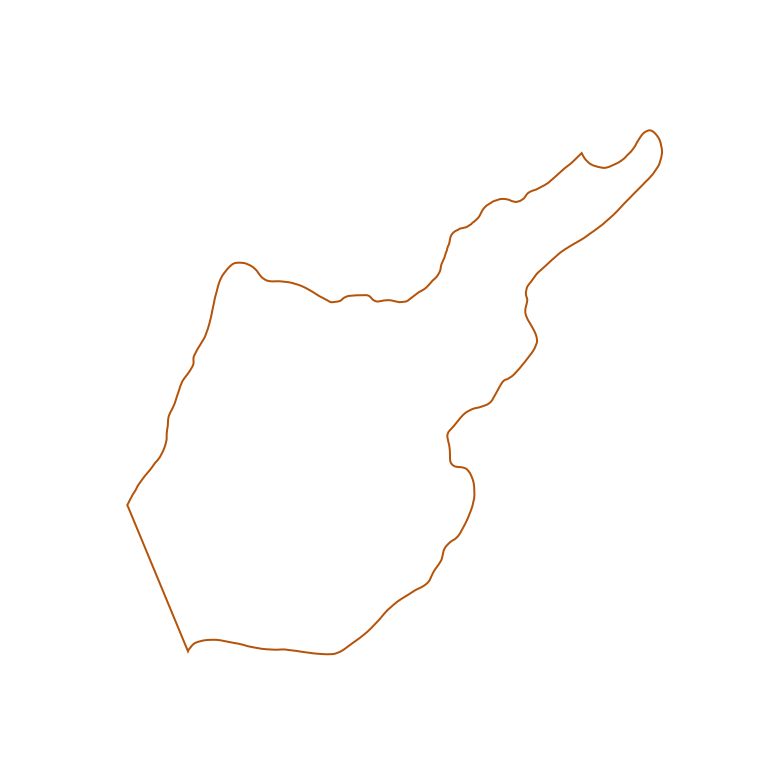 outline of Myette Gardens, Micoud, Saint Lucia, rotated 281°
{"feature_id": "8701671B96600181049115", "entity_name": "Myette Gardens", "entity_type": "district", "adm_level": 2, "iso_a3": "LCA", "parent_name": "Saint Lucia", "parent_adm1": "Micoud", "projection": "albers", "projection_center": [-60.903, 13.818], "detail": "fine", "context": "isolated", "style": "outline", "palette": "amber", "viewbox_px": 768, "rotation_deg": 281, "n_neighbors": 0, "source": "geoboundaries", "source_scale": "gbopen_adm2", "svg_char_len": 6156}
<svg xmlns="http://www.w3.org/2000/svg" viewBox="0 0 768 768"><g transform="rotate(281 384 384)"><path d="M215.4,155.5L214.6,156.2L84.2,242.6L85.8,242.9L90.4,245.3L92.1,246.4L93.4,247.6L94.6,249.2L96.0,251.8L97.8,255.7L99.0,259.4L99.9,263.1L100.6,266.6L100.9,268.6L101.2,272.2L101.2,287.0L101.3,288.7L101.3,290.4L101.1,295.9L100.7,299.5L100.6,301.2L100.6,308.8L100.7,310.6L100.7,314.2L101.2,319.3L102.2,326.5L102.8,329.9L103.7,333.4L104.5,337.3L104.7,341.3L105.0,345.4L105.3,349.1L105.4,353.0L105.6,357.1L106.2,366.8L106.6,370.8L107.6,378.3L107.9,380.2L109.1,385.2L109.8,387.2L110.8,388.9L112.7,391.9L113.9,393.3L115.2,394.8L123.8,402.7L129.7,408.3L132.7,410.9L137.3,414.7L141.8,417.9L150.2,423.3L152.3,424.6L159.2,428.4L162.9,430.7L168.2,434.8L171.7,437.6L173.3,439.0L176.8,442.5L181.8,448.0L187.0,453.4L189.2,456.1L190.2,457.6L191.3,459.0L193.0,461.0L194.3,462.4L195.7,463.6L197.0,464.6L198.5,465.5L200.0,466.2L203.3,467.0L206.7,467.8L210.3,468.9L212.6,469.9L217.1,472.0L218.7,472.7L221.0,473.5L222.3,473.9L224.3,474.2L231.5,474.3L233.1,474.6L235.0,475.2L236.9,476.1L238.5,477.1L240.0,478.1L241.6,479.3L242.9,480.5L244.2,482.0L245.5,483.4L247.1,484.6L248.9,485.8L250.5,486.5L252.1,487.2L262.7,490.5L266.6,491.5L268.7,492.0L278.0,493.7L281.5,494.1L285.1,494.2L289.2,494.3L293.1,493.8L298.2,492.6L300.3,492.1L303.7,491.0L305.3,490.3L306.9,489.5L310.3,487.4L311.2,486.7L313.2,485.2L315.8,482.1L316.6,480.5L316.9,479.0L317.1,477.6L317.0,474.9L316.7,473.2L316.6,471.5L316.6,469.7L316.8,468.6L317.8,466.4L319.0,465.0L320.4,464.0L322.0,463.4L324.0,462.9L327.4,462.2L331.3,461.3L334.9,460.2L336.5,459.6L339.8,458.1L343.6,456.5L345.4,456.0L346.9,456.0L349.1,456.4L350.7,457.2L352.1,458.1L356.8,460.9L360.3,462.8L365.4,465.5L368.5,467.4L370.1,468.6L371.5,469.7L372.7,471.0L374.0,472.6L376.1,475.3L377.3,477.3L378.7,480.7L379.6,482.6L381.4,485.8L383.2,488.8L384.4,490.2L385.9,491.5L387.3,492.5L388.9,493.3L390.5,493.8L392.3,494.4L396.2,495.7L401.9,497.5L405.5,498.7L408.7,500.0L410.2,501.0L411.2,502.1L411.7,502.9L412.2,504.0L412.9,504.9L415.9,508.0L417.4,509.2L418.8,510.2L425.4,514.2L429.0,516.1L433.5,518.5L441.9,522.7L445.0,524.1L448.4,525.2L453.8,526.2L455.5,526.1L456.7,525.7L459.2,524.8L462.3,523.1L465.5,520.8L470.0,517.0L474.1,513.3L475.7,512.1L477.3,511.0L479.0,510.0L480.7,509.2L482.4,508.8L484.5,508.5L486.3,508.5L489.6,508.7L492.0,508.8L493.8,508.6L494.8,508.3L496.2,507.6L497.0,507.1L498.2,506.5L500.7,505.8L504.5,505.8L506.4,506.0L508.2,506.6L513.3,509.2L518.5,511.6L520.4,512.5L521.9,513.3L523.4,514.4L531.2,520.3L537.8,525.1L541.1,527.7L545.7,531.2L547.3,532.6L550.6,535.8L551.7,537.0L555.6,541.2L563.3,550.1L566.2,553.2L571.1,557.7L575.2,561.7L577.2,563.5L582.3,568.1L590.5,574.4L593.6,576.8L598.5,580.1L606.9,585.3L610.5,587.7L612.9,589.3L619.0,593.3L626.9,598.6L631.8,601.8L636.2,604.8L641.4,607.9L649.5,611.4L651.6,612.1L653.4,612.4L659.0,612.9L662.8,612.9L665.1,612.6L666.3,612.3L668.0,611.8L671.5,610.3L673.0,609.7L674.8,608.8L676.5,607.7L678.1,606.4L679.4,605.1L680.3,604.1L681.8,602.2L682.7,600.8L683.4,599.2L683.8,597.5L683.6,595.8L682.8,594.3L681.7,592.8L680.7,591.7L679.2,590.5L677.7,589.6L674.6,588.2L669.4,586.2L667.3,585.6L665.6,585.1L663.5,584.2L660.6,582.8L659.1,582.0L654.7,578.9L651.7,577.1L650.4,576.0L648.8,574.6L646.7,572.5L645.0,570.4L640.9,564.7L639.9,563.1L639.1,561.5L638.4,559.9L638.0,558.0L637.9,554.4L638.0,552.4L638.3,548.9L638.6,547.0L639.2,545.2L639.7,543.7L640.7,542.0L642.8,539.0L643.8,537.9L645.7,536.1L648.4,534.0L636.5,525.7L631.3,521.1L629.8,519.8L618.9,511.6L613.4,507.3L611.9,505.9L609.6,503.4L604.9,497.5L603.9,496.2L602.2,493.1L601.3,491.7L600.3,490.4L599.1,489.1L597.7,488.1L594.3,486.6L592.7,485.8L590.1,483.2L589.2,481.7L588.4,480.2L587.8,478.6L587.9,474.9L588.7,471.2L588.7,467.7L588.5,466.0L588.1,464.3L587.6,462.5L586.7,460.9L585.8,459.4L584.9,457.6L583.9,456.1L581.4,453.5L579.0,450.9L577.6,449.8L576.0,448.8L574.5,448.0L572.8,447.3L567.9,445.9L566.2,445.3L564.7,444.5L560.6,441.5L559.1,440.0L557.5,439.1L553.8,435.1L552.3,432.0L551.0,428.8L549.8,427.6L547.6,424.7L546.4,423.6L545.0,422.6L543.5,421.9L541.9,421.4L540.2,421.2L535.0,421.2L533.3,421.1L531.7,420.6L529.9,420.3L526.5,420.1L524.7,419.7L519.6,419.2L516.0,418.3L514.3,418.0L512.5,417.5L508.9,417.5L507.3,417.6L505.5,417.4L503.8,417.0L502.1,416.4L500.3,415.7L498.8,414.9L497.4,414.0L494.7,411.9L491.5,410.1L486.8,407.1L485.5,406.0L484.0,404.6L480.6,400.5L472.2,393.0L470.8,391.9L469.6,390.6L468.8,388.8L467.7,385.1L467.2,383.3L467.4,376.1L467.4,374.3L467.2,372.6L466.3,369.1L465.7,367.3L463.7,362.1L463.7,360.2L464.0,358.5L464.8,356.7L466.9,353.9L467.7,352.4L467.9,350.6L467.7,348.9L466.2,341.9L465.8,339.9L465.3,338.2L463.9,333.1L463.2,331.4L462.2,329.9L461.2,328.5L459.9,327.3L458.4,326.3L457.2,325.1L456.3,323.3L455.8,321.8L454.5,318.0L454.2,316.3L454.5,314.7L455.7,311.4L456.1,309.7L456.7,308.1L457.6,304.8L458.2,303.0L461.0,295.9L463.3,289.0L464.2,285.5L464.9,282.0L465.3,278.4L465.4,276.6L465.7,274.9L465.7,271.4L465.3,265.6L464.9,261.8L464.2,258.2L463.7,256.3L463.1,252.6L463.2,249.2L463.7,247.5L464.3,245.9L465.0,244.4L466.1,242.7L467.2,241.4L471.0,237.4L471.9,236.1L473.7,233.2L474.9,229.9L475.3,228.3L475.7,226.6L476.0,224.9L476.0,223.1L475.8,221.2L475.6,219.3L475.2,217.6L474.7,215.7L474.0,214.1L472.8,212.5L471.4,211.3L470.1,210.3L467.0,208.3L460.9,205.2L459.1,204.5L455.6,203.5L453.7,203.1L450.4,202.6L446.7,202.3L442.7,202.1L436.4,201.6L430.3,201.6L426.3,201.5L416.3,201.4L410.7,201.1L404.9,200.6L397.9,199.5L396.2,199.2L394.1,198.6L381.9,194.0L375.1,192.1L373.3,192.0L371.6,192.3L368.2,193.1L366.5,193.0L364.6,192.6L359.6,190.8L356.3,189.3L351.5,186.9L349.9,186.2L348.1,185.5L342.7,184.4L338.7,184.0L333.1,183.2L326.1,182.4L324.2,182.1L318.9,180.8L315.2,179.6L311.7,178.9L309.7,178.8L307.6,178.9L302.0,179.7L296.8,179.9L294.5,180.1L291.1,180.6L289.4,181.0L287.8,181.2L283.7,181.1L279.7,180.6L275.9,179.9L270.6,178.3L268.9,177.7L267.4,177.0L265.9,176.2L262.6,174.2L257.9,172.1L254.7,170.5L248.3,166.9L243.6,164.6L238.7,162.4L237.1,161.7L235.4,161.2L233.5,160.7L231.9,160.2L230.1,159.5L226.8,158.2L225.2,157.8L221.7,156.7L219.7,156.1L218.0,155.7L216.3,155.1L215.4,155.5Z" fill="none" stroke="#b45309" stroke-width="2"/></g></svg>